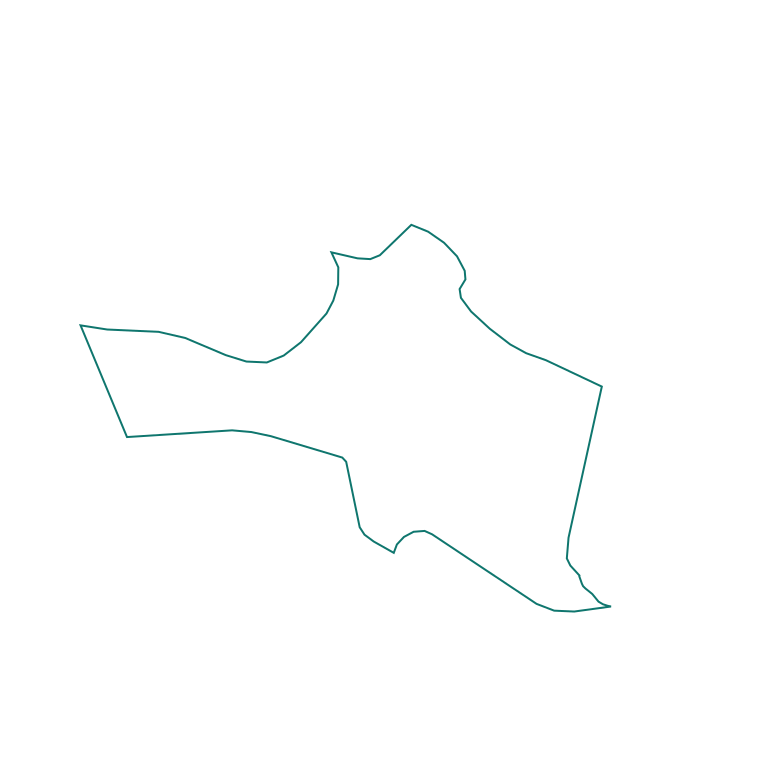 the Province of Nueva Vizcaya, rotated 115°
{"feature_id": "PHL-2553", "entity_name": "Nueva Vizcaya", "entity_type": "Province", "adm_level": 1, "iso_a3": "PHL", "parent_name": "Philippines", "parent_adm1": "", "projection": "equal_earth", "projection_center": [121.162, 16.271], "detail": "fine", "context": "isolated", "style": "outline", "palette": "teal", "viewbox_px": 768, "rotation_deg": 115, "n_neighbors": 0, "source": "natural_earth", "source_scale": "10m", "svg_char_len": 930}
<svg xmlns="http://www.w3.org/2000/svg" viewBox="0 0 768 768"><g transform="rotate(115 384 384)"><path d="M540.7,594.5L459.1,683.8L451.6,657.9L432.0,610.4L426.3,583.6L424.7,539.6L421.8,518.2L414.0,499.3L400.6,486.9L381.2,476.9L344.4,465.9L329.8,465.2L313.1,467.7L297.6,474.7L286.9,487.3L281.3,461.1L276.6,449.2L269.1,442.2L228.2,426.5L227.3,408.4L230.6,389.3L237.4,371.8L247.3,358.7L254.8,354.4L266.0,355.6L273.4,350.7L281.5,335.7L289.2,311.5L294.8,286.3L296.0,268.2L294.0,247.3L294.3,185.5L445.3,151.8L464.8,144.6L469.8,138.4L475.0,125.9L475.8,125.7L481.4,120.2L483.1,118.1L484.2,115.0L486.3,106.5L490.6,97.6L491.1,92.4L490.5,87.6L489.7,84.2L509.8,115.4L514.5,126.7L517.5,134.0L518.8,152.8L499.9,276.9L500.0,285.1L505.4,294.7L514.2,301.3L524.0,304.5L532.9,303.8L531.1,326.8L528.8,338.0L524.1,345.5L470.5,385.4L468.3,390.7L479.1,464.5L483.6,483.9L490.2,502.1L540.7,594.5Z" fill="none" stroke="#0f766e" stroke-width="2"/></g></svg>